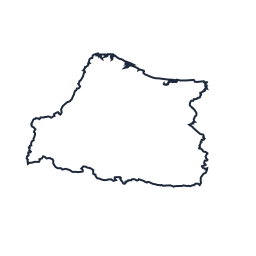 Antsalova, Melaky, Madagascar, rotated 115°
{"feature_id": "10022922B48021466276127", "entity_name": "Antsalova", "entity_type": "district", "adm_level": 2, "iso_a3": "MDG", "parent_name": "Madagascar", "parent_adm1": "Melaky", "projection": "natural_earth1", "projection_center": [44.617, -18.816], "detail": "fine", "context": "isolated", "style": "outline", "palette": "slate", "viewbox_px": 256, "rotation_deg": 115, "n_neighbors": 0, "source": "geoboundaries", "source_scale": "gbopen_adm2", "svg_char_len": 5753}
<svg xmlns="http://www.w3.org/2000/svg" viewBox="0 0 256 256"><g transform="rotate(115 128 128)"><path d="M154.5,47.1L152.5,45.2L151.9,43.9L149.9,43.3L148.8,40.7L149.4,38.9L146.7,38.7L145.4,39.7L142.1,41.1L137.5,40.2L135.8,38.6L132.6,38.7L131.0,39.2L131.8,39.9L132.5,40.0L132.7,40.3L132.2,41.5L132.5,42.5L132.5,43.1L132.0,44.3L131.5,44.8L130.9,44.6L129.6,42.7L128.6,42.0L128.2,42.3L127.9,43.9L127.0,44.4L125.1,44.6L124.2,42.8L123.5,42.5L123.1,42.6L122.5,44.2L121.4,45.5L118.7,45.6L117.7,45.2L117.3,45.3L116.9,47.7L117.4,49.2L117.4,49.8L117.0,50.8L116.3,51.5L115.9,53.6L116.5,54.7L116.3,55.1L115.7,55.1L115.2,54.8L114.9,55.0L114.1,55.1L113.8,55.8L111.4,55.7L110.2,56.1L109.8,55.6L109.4,56.0L107.7,56.2L107.7,55.4L107.1,55.1L106.4,54.3L105.8,54.2L106.0,54.6L105.8,55.0L105.4,54.8L104.8,55.2L104.6,55.9L104.4,56.0L104.0,55.5L102.8,56.4L102.2,57.2L102.8,59.2L102.8,60.6L100.5,68.4L99.7,70.2L99.2,73.9L96.9,71.8L96.4,70.9L95.8,71.7L95.1,71.5L94.2,70.0L93.8,71.1L92.1,72.2L90.5,72.0L89.5,72.3L87.8,71.4L86.4,71.9L85.2,72.6L83.3,75.7L82.8,77.1L82.9,77.7L82.5,77.9L82.5,78.3L82.3,78.5L81.9,80.4L81.1,81.7L80.2,82.1L78.1,82.5L76.7,82.2L76.2,81.8L75.9,80.5L73.9,80.4L73.4,79.1L72.7,78.5L72.6,78.1L72.1,78.0L71.7,77.3L70.9,77.2L70.2,76.0L69.6,75.8L67.9,76.1L67.6,75.8L66.8,75.9L66.5,76.3L66.5,76.8L65.5,77.4L64.8,76.3L63.2,75.8L63.0,75.0L61.8,74.2L61.4,74.1L61.2,74.7L60.7,74.5L60.6,74.9L59.7,74.6L59.4,74.2L59.0,74.4L58.9,73.2L58.6,73.6L58.8,74.6L58.4,74.6L58.5,73.9L58.1,74.6L57.8,74.0L57.6,74.0L57.5,74.7L57.8,74.7L57.9,75.0L57.0,75.7L56.3,75.2L56.4,76.0L55.8,76.0L54.8,77.4L54.1,77.1L54.0,76.8L54.4,76.3L53.5,75.8L53.2,75.8L53.3,76.4L54.6,78.0L54.4,78.5L53.6,79.0L53.7,79.3L57.1,84.9L57.8,86.9L56.6,88.7L60.3,95.3L62.8,100.7L63.7,104.5L64.3,105.1L65.4,104.3L65.3,103.5L65.9,103.6L66.6,105.4L67.6,107.1L67.6,108.1L68.6,109.7L69.5,110.3L71.5,110.2L72.6,111.3L73.3,113.4L73.0,114.2L72.5,114.2L73.0,113.7L72.7,112.5L71.8,111.0L71.1,110.7L68.5,110.7L67.5,109.6L66.3,106.5L65.3,105.4L65.0,105.6L65.0,106.3L65.8,109.0L67.3,112.5L70.0,121.1L71.1,123.6L71.9,127.3L72.2,135.4L71.6,137.3L70.8,137.6L69.9,137.4L69.4,138.0L70.0,142.2L71.1,143.0L70.1,143.2L69.8,143.7L69.6,147.4L70.1,151.7L70.6,152.8L71.5,153.4L73.2,154.0L74.1,155.5L75.0,156.6L74.1,156.3L72.8,154.6L70.3,154.4L71.3,155.5L71.6,156.6L71.3,156.4L71.0,155.7L70.0,154.9L70.5,157.1L69.9,158.4L70.0,156.6L69.1,154.8L69.2,153.0L68.8,150.6L68.3,149.8L68.2,152.6L68.8,159.1L68.4,162.6L68.9,164.9L68.6,167.8L67.8,170.7L68.1,172.0L68.4,172.4L68.7,172.3L68.6,171.2L69.2,171.6L69.2,172.1L69.5,172.2L71.0,171.9L72.1,171.3L72.5,171.3L72.9,171.6L71.8,171.8L71.6,172.3L71.7,172.8L70.5,173.8L69.0,173.7L67.6,172.4L67.5,172.6L69.6,177.4L70.5,177.1L71.4,177.2L72.4,177.8L72.6,178.2L72.5,178.5L73.3,179.3L72.7,179.2L71.3,177.7L70.7,177.8L70.6,178.4L70.8,179.5L72.3,182.3L73.5,185.2L73.5,186.0L73.1,186.5L73.2,186.8L74.3,186.9L74.5,186.7L74.5,186.1L74.1,185.1L74.0,183.4L74.7,182.5L75.4,182.0L75.7,181.1L76.2,180.7L75.9,182.0L74.9,182.8L74.6,183.8L74.9,184.4L75.6,184.5L74.9,185.4L74.8,186.0L75.6,187.4L74.2,188.0L75.8,189.8L76.8,190.5L77.6,190.6L79.6,189.9L80.6,191.4L82.1,191.9L84.5,191.5L85.3,190.9L85.5,190.1L85.9,190.4L85.9,191.3L86.1,191.4L86.2,191.1L88.5,190.8L89.6,191.6L90.6,192.0L91.0,192.7L91.8,192.3L92.8,192.7L94.0,192.5L94.8,192.9L94.8,192.4L94.4,192.3L94.4,191.8L94.9,191.4L95.4,190.6L95.7,190.6L96.8,191.2L100.4,190.6L104.8,191.0L105.8,191.8L107.6,191.4L108.9,191.8L110.5,189.0L112.2,189.2L113.3,189.8L113.8,191.0L115.7,190.9L117.0,191.8L121.1,191.1L122.0,191.3L125.3,191.1L126.6,191.5L128.4,192.0L130.5,194.1L131.3,194.5L135.8,196.4L139.4,196.5L142.0,194.7L144.2,194.8L144.4,194.9L144.2,196.6L143.8,196.7L143.2,198.1L144.1,199.1L146.7,200.9L148.2,199.7L149.0,200.7L150.8,201.6L151.2,202.4L151.0,203.4L151.3,205.4L152.2,206.2L153.3,208.2L154.0,208.6L155.4,211.7L156.6,211.7L157.5,212.2L157.2,213.1L158.0,215.6L158.7,215.7L159.0,216.3L159.9,217.1L160.7,217.3L163.1,217.3L163.6,217.1L164.0,217.4L165.2,217.3L165.5,216.8L166.3,216.8L167.1,215.7L167.3,215.2L167.3,213.8L168.2,211.4L170.9,211.7L171.4,211.5L172.0,210.1L172.7,209.6L176.1,209.1L177.4,209.2L179.1,208.3L180.4,209.3L181.2,209.6L183.3,209.1L184.2,208.7L184.5,208.3L185.3,208.7L185.5,209.3L187.1,209.2L187.5,209.7L187.8,209.5L187.9,208.5L189.9,208.1L190.4,206.1L191.4,206.2L192.1,208.0L193.6,207.7L194.4,206.6L194.8,206.5L195.9,207.0L196.1,207.4L198.2,207.1L198.8,206.2L199.0,205.4L200.4,205.1L200.7,204.6L201.4,204.5L202.8,203.5L201.4,202.8L200.0,200.4L198.1,198.3L196.7,195.1L196.1,194.3L194.6,194.4L193.8,195.1L192.0,193.2L189.5,192.9L189.3,191.0L189.8,189.9L190.0,188.9L189.1,187.7L188.2,185.7L188.4,184.8L188.2,183.2L189.1,182.0L191.8,180.7L193.8,177.5L194.1,176.1L194.1,174.6L192.8,171.8L193.4,170.0L191.3,167.2L190.7,163.0L191.2,160.5L191.1,159.2L190.1,157.6L189.1,154.6L187.4,151.8L186.5,150.7L185.3,151.1L184.7,152.1L184.5,153.2L181.8,152.3L180.9,150.1L181.1,148.5L180.3,144.6L180.9,141.6L181.8,141.5L183.2,140.5L184.1,140.3L184.4,138.9L184.0,137.9L185.6,136.6L185.9,135.8L186.6,134.7L185.9,132.5L185.9,130.5L185.5,128.3L184.6,126.0L182.8,123.9L181.6,121.4L182.0,119.8L182.0,118.7L180.3,116.9L179.6,118.6L178.9,119.1L178.1,119.0L175.9,114.5L176.1,113.5L176.7,113.3L176.9,114.0L178.3,112.4L179.1,110.4L180.2,109.1L180.1,107.7L179.6,107.2L178.0,106.9L178.0,107.5L177.8,107.6L177.0,106.9L176.4,105.8L175.4,105.8L175.0,104.7L174.4,104.2L174.1,103.0L173.0,102.8L172.0,101.4L171.7,100.4L171.8,97.7L171.0,96.8L169.9,96.6L169.3,91.4L169.6,89.8L169.4,89.2L169.6,88.4L169.3,87.7L168.4,87.1L168.1,86.4L168.1,81.8L167.3,78.8L167.4,78.1L166.3,74.9L166.3,74.4L165.8,74.0L165.4,73.4L165.6,72.1L162.2,65.6L161.8,62.8L161.9,61.9L161.2,61.2L160.1,59.5L157.8,54.7L156.6,53.5L155.6,49.8L154.7,48.6L154.5,47.1Z" fill="none" stroke="#1e293b" stroke-width="2"/></g></svg>